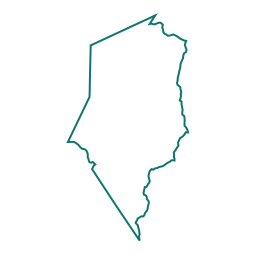 Olho d'Água das Cunhãs, Maranhão, Brazil (Robinson projection)
{"feature_id": "56859067B71077729140959", "entity_name": "Olho d'Água das Cunhãs", "entity_type": "district", "adm_level": 2, "iso_a3": "BRA", "parent_name": "Brazil", "parent_adm1": "Maranhão", "projection": "robinson", "projection_center": [-45.08, -4.123], "detail": "fine", "context": "isolated", "style": "outline", "palette": "teal", "viewbox_px": 256, "rotation_deg": 0, "n_neighbors": 0, "source": "geoboundaries", "source_scale": "gbopen_adm2", "svg_char_len": 2023}
<svg xmlns="http://www.w3.org/2000/svg" viewBox="0 0 256 256"><path d="M184.5,123.3L184.7,120.6L184.5,118.0L184.3,116.2L182.4,114.7L182.2,112.3L182.6,110.5L182.4,108.6L182.0,106.4L181.5,104.3L181.6,101.6L179.8,100.5L180.4,98.6L181.0,96.3L180.7,94.5L181.3,92.5L181.0,90.8L180.4,89.0L180.3,87.2L179.1,86.2L177.5,84.7L177.0,82.8L177.5,81.3L177.9,77.2L178.8,73.9L179.2,71.4L179.8,69.3L180.3,67.0L180.5,64.3L181.3,62.0L182.2,59.9L183.0,58.3L183.2,56.5L183.5,54.7L184.1,53.3L186.1,51.9L186.5,49.6L185.7,47.6L184.9,45.1L185.3,43.0L186.1,40.9L183.8,40.4L180.0,38.5L178.0,37.0L176.3,35.9L173.5,34.5L171.1,35.1L169.8,35.6L167.9,35.7L166.3,34.5L164.7,33.9L163.3,32.3L163.2,29.9L162.3,27.9L162.5,26.3L162.8,24.7L160.7,22.8L158.7,22.7L156.5,23.6L154.8,24.4L153.1,24.2L151.6,23.6L149.6,24.0L155.3,15.4L122.3,30.7L90.7,45.4L90.4,58.6L89.9,79.1L89.7,90.5L89.5,97.0L67.9,142.0L70.5,141.9L72.0,141.9L74.3,142.1L76.5,143.4L78.6,145.1L80.2,147.1L82.0,148.7L84.8,149.3L86.5,150.8L87.5,153.0L87.8,154.9L87.7,157.4L88.5,158.8L88.8,160.5L89.6,162.2L91.2,162.7L92.7,162.0L95.3,164.5L93.8,165.5L92.1,169.1L112.6,200.4L115.7,205.1L139.6,240.6L139.2,238.3L138.9,236.8L139.6,234.5L139.4,232.7L139.0,229.9L138.2,227.3L137.9,225.5L136.7,224.2L135.7,223.0L136.2,221.5L137.2,220.3L137.6,218.6L139.6,217.4L141.5,216.3L143.3,216.4L144.4,215.0L145.0,213.1L146.8,210.8L147.6,209.1L147.8,206.6L148.5,204.4L148.9,202.4L148.4,200.8L146.9,199.1L146.8,197.2L146.0,195.6L144.0,194.7L143.5,193.0L143.9,191.1L144.4,188.9L144.8,187.1L146.5,186.9L147.2,185.5L148.3,183.9L149.5,182.2L149.6,180.4L149.0,178.4L148.5,176.2L149.0,173.4L149.9,170.9L151.6,169.1L153.3,169.7L154.6,168.5L157.1,168.1L159.2,167.0L161.5,166.5L163.2,166.0L165.1,164.5L167.4,163.0L170.0,161.6L171.3,160.4L172.8,160.3L174.5,160.5L174.5,158.5L173.9,157.1L174.1,154.4L173.8,152.4L175.6,150.0L177.0,147.7L178.4,145.8L178.1,143.9L178.2,142.1L180.0,138.2L182.8,136.4L184.5,134.4L185.7,132.4L188.1,132.4L187.3,129.5L186.3,127.8L184.5,125.6L184.5,123.3Z" fill="none" stroke="#0f766e" stroke-width="2"/></svg>